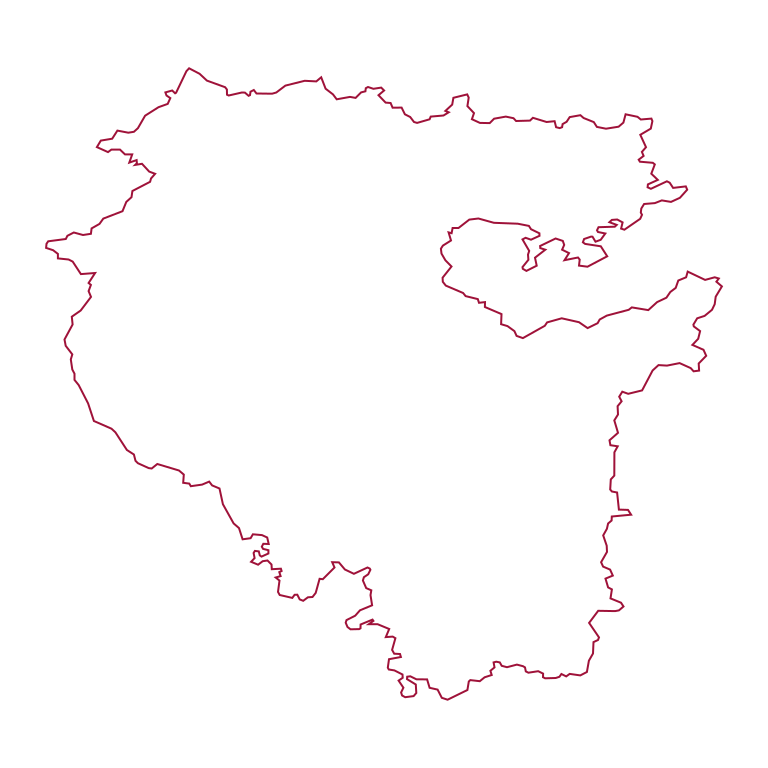 SVG path tracing the border of Bashkortostan
{"feature_id": "RUS-2378", "entity_name": "Bashkortostan", "entity_type": "Republic", "adm_level": 1, "iso_a3": "RUS", "parent_name": "Russia", "parent_adm1": "", "projection": "robinson", "projection_center": [56.933, 54.055], "detail": "fine", "context": "isolated", "style": "outline", "palette": "rose", "viewbox_px": 768, "rotation_deg": 0, "n_neighbors": 0, "source": "natural_earth", "source_scale": "10m", "svg_char_len": 6024}
<svg xmlns="http://www.w3.org/2000/svg" viewBox="0 0 768 768"><path d="M467.2,94.4L468.7,97.6L467.4,106.1L474.0,113.1L471.9,119.2L479.9,122.9L489.7,123.1L494.1,118.7L505.8,116.6L513.5,118.2L516.1,121.0L530.0,120.6L532.9,117.8L546.6,122.0L554.6,121.2L556.1,127.2L559.7,128.1L562.1,127.2L562.6,124.1L566.6,121.8L569.7,117.1L580.4,115.2L583.6,118.0L593.8,122.1L596.9,126.9L606.0,128.7L618.6,126.7L623.4,122.6L625.6,114.3L637.5,116.8L640.8,119.5L651.4,118.6L652.4,121.1L650.8,128.6L640.3,134.8L646.0,147.2L641.9,151.9L643.6,155.9L638.7,159.7L639.9,161.7L652.8,162.8L654.8,164.4L651.3,173.7L657.8,179.9L647.9,184.4L647.6,187.3L650.9,188.8L666.9,181.3L669.7,182.7L673.1,187.9L685.8,186.4L687.2,189.7L679.9,197.8L671.0,201.9L661.8,200.4L654.9,203.1L644.1,204.0L641.3,208.5L640.8,212.6L642.0,214.8L640.2,218.8L624.4,229.7L621.1,228.6L622.6,222.4L617.2,219.5L611.9,219.9L609.4,222.2L616.7,224.9L614.8,226.7L598.5,227.2L597.0,230.3L598.0,232.0L605.3,233.5L600.7,239.8L595.5,241.7L592.5,236.7L591.1,236.6L584.1,239.0L582.9,242.3L585.1,243.9L600.8,246.3L607.2,256.3L587.5,266.7L579.0,265.6L579.7,259.6L578.0,257.5L564.5,260.2L569.0,253.1L562.1,249.7L564.2,244.9L562.8,240.9L555.6,238.5L540.1,246.0L540.3,248.1L545.3,249.7L535.0,257.7L536.7,265.7L526.4,270.9L522.8,268.8L522.5,267.1L528.4,259.8L528.0,254.6L529.2,250.9L522.5,239.4L525.6,237.8L531.0,239.7L539.5,235.8L539.4,233.3L531.0,229.2L528.9,225.9L517.7,223.7L493.9,222.8L478.4,218.5L469.3,219.6L458.5,228.0L452.6,228.0L451.6,233.2L448.6,232.4L451.0,240.5L442.9,245.6L440.9,248.7L441.5,253.6L445.4,260.3L451.5,266.5L442.6,277.7L442.8,281.8L445.8,285.6L463.1,293.0L465.6,296.1L477.8,299.1L479.0,302.8L485.0,302.1L484.9,307.0L501.5,314.1L501.1,324.2L507.5,326.1L514.4,331.1L516.6,335.9L522.9,338.1L544.8,325.8L547.1,322.4L561.7,318.3L579.0,322.2L587.6,328.1L597.6,323.2L599.7,319.5L606.8,315.6L628.7,309.8L631.8,307.4L648.3,310.1L657.1,302.1L666.4,297.7L670.3,292.0L675.7,287.9L678.3,280.5L686.1,277.3L687.7,271.6L705.1,279.9L714.7,277.3L718.8,278.5L716.4,281.7L721.9,286.4L715.7,296.7L714.7,304.2L712.0,309.8L704.6,315.9L697.2,318.3L693.4,324.6L693.8,326.4L700.1,331.1L698.2,338.8L692.4,344.9L703.5,349.8L706.2,355.8L698.7,363.5L699.1,370.6L693.6,371.3L690.7,368.1L679.6,363.1L667.0,365.6L658.5,365.1L652.6,370.5L642.1,390.4L628.2,393.8L622.3,391.7L619.2,396.7L621.6,401.3L617.6,406.2L618.0,414.5L614.3,420.4L618.0,432.8L609.5,440.3L610.4,445.2L617.7,446.3L614.4,452.3L614.3,475.6L610.8,479.4L610.2,489.5L611.9,491.5L617.1,492.5L618.9,509.6L628.0,509.9L631.1,514.7L611.8,516.5L611.6,520.5L608.1,523.5L606.9,528.8L603.2,535.4L606.7,545.7L607.0,551.9L601.1,562.2L603.1,566.6L610.1,569.6L612.8,575.6L605.5,578.6L608.1,587.4L611.9,589.4L610.5,598.4L621.0,602.7L623.5,606.5L618.9,610.4L615.1,611.1L598.2,610.8L589.1,622.9L599.0,637.4L598.0,640.0L593.5,642.1L593.0,653.5L588.9,660.7L586.9,672.0L580.3,675.4L569.7,673.9L566.2,676.4L561.4,674.0L559.4,676.8L555.7,678.0L545.1,678.3L543.0,677.2L543.1,673.6L538.2,671.2L528.4,672.7L525.8,671.4L525.0,667.4L523.0,666.2L516.9,664.6L507.0,667.2L501.7,665.8L499.8,662.4L496.2,661.7L493.6,662.4L494.5,667.4L490.4,670.8L491.7,675.0L484.6,677.3L479.8,681.2L470.3,680.1L468.8,681.5L467.4,690.0L447.6,699.7L441.8,697.8L437.6,689.6L429.6,687.8L427.1,679.4L416.4,679.3L410.3,676.3L407.2,676.7L407.0,679.1L415.8,684.5L416.3,693.0L413.6,696.1L405.2,697.2L402.1,695.5L401.1,692.5L403.4,687.7L398.6,680.6L402.7,677.8L402.5,674.5L394.4,670.4L388.8,669.5L387.8,667.7L389.0,659.2L400.9,657.0L400.0,654.0L394.2,653.7L392.1,649.9L395.4,638.2L392.7,636.6L385.8,637.1L389.2,629.0L377.6,624.2L368.8,624.2L373.4,620.9L372.5,619.6L360.6,624.5L360.5,628.3L359.2,629.1L350.5,629.3L347.5,627.0L345.7,622.7L346.5,620.1L355.2,615.7L360.0,610.3L372.1,605.3L370.5,595.1L371.3,590.3L366.2,588.1L362.9,580.5L363.9,577.2L368.2,574.3L370.4,569.8L369.8,568.6L367.5,567.5L353.9,573.8L344.9,569.5L338.9,562.4L332.2,562.2L334.5,567.5L322.8,579.2L319.6,578.8L315.7,592.9L312.5,597.0L307.9,597.3L303.2,600.8L299.7,599.4L297.3,594.7L294.6,594.8L292.3,597.9L279.7,595.0L278.0,591.9L279.5,580.6L275.7,577.5L280.6,576.1L279.3,572.1L281.6,571.0L280.9,568.7L271.8,569.2L271.5,564.5L267.5,560.5L262.7,561.2L258.1,564.7L251.1,561.8L254.6,558.1L253.6,553.0L254.9,550.9L258.8,551.4L259.8,555.4L261.5,556.6L268.4,553.5L268.4,550.2L263.1,548.9L261.8,546.7L263.3,543.8L268.7,544.0L267.2,537.5L262.0,535.1L252.9,534.3L250.6,538.2L242.6,539.3L239.0,528.1L233.6,523.4L222.9,504.2L219.5,488.5L212.1,485.4L209.2,481.6L202.1,484.6L190.8,486.2L189.3,483.6L183.2,482.8L183.8,474.6L179.0,470.5L157.3,464.0L151.7,468.5L148.7,468.1L137.9,463.2L135.5,460.8L133.9,454.5L126.9,450.0L115.4,432.3L111.5,428.7L93.9,421.0L88.1,403.4L78.7,385.1L74.5,379.9L74.5,373.7L72.3,369.5L70.8,359.4L72.3,354.4L65.7,345.8L64.5,339.5L72.6,324.5L71.8,316.7L80.7,310.5L91.0,296.9L88.6,291.1L90.9,284.9L88.6,283.0L95.1,273.0L80.9,274.1L72.7,261.6L68.6,259.5L57.9,258.4L57.9,253.9L53.1,250.2L46.1,247.9L46.5,243.8L48.2,241.3L65.8,239.0L67.4,235.8L73.8,232.5L83.0,235.0L90.9,233.8L91.6,228.4L99.5,223.9L103.3,218.6L122.5,211.2L126.3,201.9L131.5,197.2L132.4,191.0L150.1,181.8L151.0,178.5L155.1,173.8L149.2,171.6L142.0,163.8L135.2,164.9L136.9,163.2L136.6,160.1L129.3,162.6L132.2,154.4L125.0,154.4L120.0,149.6L111.4,149.6L108.0,152.1L96.9,147.1L100.8,140.6L112.2,138.7L117.4,130.6L128.3,132.7L133.9,131.8L137.9,128.2L145.1,115.7L158.5,107.2L167.7,103.9L170.3,98.1L166.5,95.5L165.4,92.4L172.2,90.5L175.1,93.3L176.1,92.7L186.4,71.2L189.1,68.3L199.6,73.8L206.9,80.6L225.1,87.2L226.9,89.5L227.0,94.7L228.7,95.5L241.9,92.5L244.9,92.6L248.6,95.8L250.0,95.1L250.5,91.7L253.8,90.0L256.5,93.5L272.1,93.7L276.3,92.5L285.4,85.6L304.7,80.8L316.3,81.4L321.2,77.3L325.6,88.7L333.0,94.4L336.7,99.3L350.0,96.9L355.6,97.9L361.1,92.4L365.4,91.3L365.8,88.2L368.0,87.0L373.4,88.8L381.2,87.6L384.1,90.5L378.5,95.2L385.6,102.6L390.6,103.0L392.6,107.7L401.6,107.6L404.9,114.3L410.2,117.0L414.0,122.0L417.1,122.9L429.6,119.3L430.7,116.6L443.5,115.5L448.7,112.3L445.4,110.9L452.2,104.6L453.4,97.8L467.2,94.4Z" fill="none" stroke="#9f1239" stroke-width="2"/></svg>